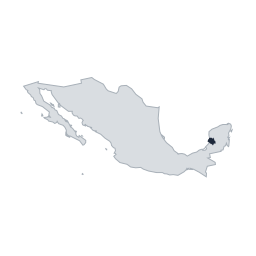 location of Campeche, Campeche, Mexico, rotated 348°
{"feature_id": "50627088B29480766363328", "entity_name": "Campeche", "entity_type": "district", "adm_level": 2, "iso_a3": "MEX", "parent_name": "Mexico", "parent_adm1": "Campeche", "projection": "mercator", "projection_center": [-90.58, 19.715], "detail": "medium", "context": "in_parent", "style": "outline", "palette": "slate", "viewbox_px": 256, "rotation_deg": 348, "n_neighbors": 0, "source": "geoboundaries", "source_scale": "gbopen_adm2", "svg_char_len": 4659}
<svg xmlns="http://www.w3.org/2000/svg" viewBox="0 0 256 256"><g transform="rotate(348 128 128)"><path d="M34.6,65.4L50.0,64.0L49.3,65.5L73.7,74.5L91.8,74.5L91.9,71.1L103.1,71.1L105.1,73.5L113.0,80.0L114.9,85.5L116.3,87.5L123.7,91.8L126.0,90.2L127.8,86.2L130.0,85.3L135.3,86.0L139.7,90.4L142.7,96.7L147.7,102.3L148.1,105.9L150.3,110.3L161.4,114.4L162.9,113.8L159.5,124.9L158.4,138.1L158.9,140.9L161.8,144.6L161.2,146.6L161.4,144.6L159.0,141.4L159.7,144.3L162.6,150.4L167.3,156.2L168.4,159.8L171.7,163.5L170.8,163.4L172.6,164.3L172.0,163.7L175.5,164.2L178.0,165.4L180.1,167.8L186.0,166.0L190.2,165.8L193.1,164.4L196.1,164.1L196.7,164.6L196.5,165.4L198.9,165.8L200.6,164.7L200.1,162.8L199.3,163.3L199.5,162.9L204.0,159.8L204.3,157.2L205.6,155.7L205.7,151.5L206.5,148.4L209.9,146.6L216.0,145.6L218.6,144.6L221.6,144.3L226.4,145.4L226.8,144.7L225.5,144.7L227.2,144.2L229.2,145.6L229.5,147.5L228.5,150.0L225.3,153.8L225.2,156.3L223.6,157.8L223.9,158.4L225.3,158.2L223.8,159.8L223.8,160.4L224.8,160.2L222.9,166.5L222.4,167.1L221.4,165.7L221.1,163.3L219.7,165.7L218.2,165.9L216.4,169.2L214.3,169.1L214.2,170.2L202.4,170.2L202.4,174.0L199.7,173.9L206.1,179.7L205.9,181.9L197.6,181.9L194.6,187.2L195.4,188.5L194.4,192.0L188.4,186.0L183.6,182.0L180.7,180.4L180.4,180.8L183.1,182.2L178.8,181.0L179.1,180.0L178.0,180.4L177.3,179.6L176.5,180.5L178.0,181.0L175.8,181.2L173.7,182.5L167.0,184.7L162.6,183.0L159.0,182.6L156.5,181.0L154.1,180.3L152.5,178.8L146.6,177.5L139.1,174.3L134.3,171.3L132.3,169.2L127.2,168.5L122.5,166.7L119.5,163.3L112.9,160.1L109.4,155.5L108.2,152.7L110.8,151.4L110.4,150.2L109.2,149.8L111.0,147.7L111.1,145.1L109.7,144.2L108.3,141.7L108.3,139.3L107.4,137.2L103.5,133.3L100.1,128.5L94.7,124.3L96.3,125.1L96.4,124.2L93.5,123.3L91.4,120.0L92.9,120.1L88.7,117.9L88.2,116.8L86.6,117.2L86.4,116.7L87.5,115.4L85.5,116.4L84.3,115.4L84.1,113.2L85.5,111.3L86.0,111.7L85.0,109.7L83.7,108.4L82.0,108.4L80.7,105.7L78.6,105.1L77.3,104.0L76.4,101.6L77.0,100.1L73.2,99.3L66.5,91.6L66.1,89.8L65.1,89.2L60.7,79.5L60.4,76.6L60.8,75.6L57.1,74.3L56.2,72.7L55.0,72.2L53.7,73.1L48.7,70.2L49.6,72.1L49.0,75.8L50.2,78.7L51.2,84.2L56.3,89.1L57.9,92.3L58.7,92.2L59.1,93.1L59.8,93.2L60.5,95.3L61.9,96.0L62.8,100.3L65.4,102.5L66.3,105.0L67.5,105.7L68.4,108.6L69.5,109.3L68.9,107.2L70.3,108.4L72.1,115.0L73.7,116.8L76.0,121.5L75.7,123.5L76.1,125.2L78.0,126.9L78.7,125.2L84.1,131.3L83.6,133.5L81.5,135.2L80.3,135.4L78.0,130.4L69.6,123.7L68.8,123.8L67.1,121.7L66.7,120.3L67.2,117.1L66.4,114.1L65.1,111.9L61.0,109.3L60.1,106.7L59.4,107.8L57.3,108.3L55.7,106.5L51.8,104.7L51.2,103.2L48.3,101.0L48.0,100.2L51.0,100.6L52.8,100.0L52.8,100.7L54.3,101.4L53.7,99.6L53.0,99.5L54.4,96.0L48.7,89.2L44.0,86.2L43.1,84.7L43.0,82.1L41.9,81.3L41.5,78.4L40.0,77.2L39.7,75.4L37.6,72.7L37.2,71.4L37.9,70.5L36.4,69.4L34.6,65.4ZM66.2,91.7L65.8,93.5L64.2,92.9L64.8,90.3L65.7,90.0L66.2,91.7ZM60.1,91.4L57.9,89.5L57.4,87.5L58.4,88.2L58.7,89.3L59.8,89.5L60.1,91.4ZM228.4,153.3L227.9,152.7L228.2,152.0L229.5,151.4L228.4,153.3ZM67.2,123.8L65.6,122.1L66.5,118.6L66.3,121.7L67.2,123.8ZM47.2,98.6L46.0,98.3L46.8,96.4L47.3,97.8L47.2,98.6ZM27.5,92.2L26.5,90.9L26.7,90.4L27.0,90.4L27.5,92.2ZM68.5,123.9L69.4,125.2L67.5,123.9L68.5,123.9ZM102.8,144.3L102.6,144.9L102.2,144.6L102.0,143.7L102.8,144.3ZM76.6,120.3L76.9,121.4L75.9,120.0L76.6,120.3ZM72.8,113.2L73.4,113.7L72.5,114.6L72.8,113.2ZM74.5,163.9L74.1,164.1L73.5,163.6L74.0,163.1L74.5,163.9ZM198.1,164.1L197.1,164.4L198.9,163.8L198.1,164.1ZM81.7,126.4L81.2,126.2L81.1,125.2L81.7,126.4Z" fill="#d9dde1" stroke="#a8b0b8" stroke-width="1"/><path d="M208.4,156.8L208.1,156.7L207.8,156.7L207.6,156.7L207.4,156.7L207.6,156.6L207.4,156.4L207.1,156.3L207.3,156.2L207.2,156.0L206.9,156.1L206.8,155.8L206.5,155.7L206.3,155.6L206.0,155.6L205.9,155.6L205.8,155.8L205.7,155.9L205.6,156.1L205.5,156.3L205.4,156.3L205.0,156.6L204.9,156.6L204.5,157.0L204.3,157.5L204.6,157.6L204.8,157.5L205.1,157.7L205.3,157.8L205.5,157.8L205.8,158.0L205.5,158.0L205.7,158.3L205.9,158.3L205.9,158.2L206.0,158.2L205.9,158.2L206.0,158.2L205.9,158.5L206.0,158.5L206.3,158.4L206.3,158.6L206.2,158.7L206.4,158.7L206.4,158.8L206.2,158.8L206.2,159.2L206.3,159.2L206.3,159.3L206.5,159.2L206.6,159.3L206.6,159.2L206.5,158.9L206.8,159.1L206.8,160.1L206.9,160.3L207.2,160.4L207.4,160.4L207.5,160.6L207.6,160.4L207.8,160.5L208.0,159.6L208.6,159.6L209.4,159.6L209.3,160.1L209.6,160.2L209.7,159.6L209.6,159.4L209.3,159.4L209.0,159.3L209.0,159.2L208.9,159.1L208.8,158.9L208.9,159.0L208.9,158.7L209.0,158.7L208.9,158.4L208.8,158.1L208.7,157.9L208.9,157.8L208.9,157.6L208.7,157.6L208.7,157.4L208.5,157.6L208.2,157.5L208.4,157.2L208.6,156.9L208.4,156.8Z" fill="none" stroke="#1e293b" stroke-width="2"/></g></svg>